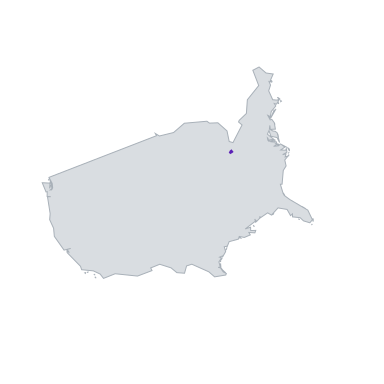 location of Allen, Ohio, United States of America, rotated 322°
{"feature_id": "52423323B40875098856035", "entity_name": "Allen", "entity_type": "district", "adm_level": 2, "iso_a3": "USA", "parent_name": "United States of America", "parent_adm1": "Ohio", "projection": "orthographic", "projection_center": [-84.117, 40.782], "detail": "fine", "context": "in_parent", "style": "filled", "palette": "violet", "viewbox_px": 384, "rotation_deg": 322, "n_neighbors": 0, "source": "geoboundaries", "source_scale": "gbopen_adm2", "svg_char_len": 3971}
<svg xmlns="http://www.w3.org/2000/svg" viewBox="0 0 384 384"><g transform="rotate(322 192 192)"><path d="M292.4,153.4L310.1,149.2L314.9,133.5L321.8,134.8L323.6,143.8L328.6,149.0L322.3,152.4L322.2,154.2L320.7,152.3L319.7,156.1L314.7,159.5L312.4,169.0L316.1,172.4L318.1,171.6L317.3,170.0L318.0,170.7L318.5,172.6L312.7,174.8L311.3,172.9L311.0,175.8L304.1,177.3L299.2,181.6L299.6,179.5L298.9,178.2L298.0,183.3L299.6,183.9L299.5,188.1L296.4,193.8L292.3,190.9L294.3,187.4L291.8,190.0L293.2,193.6L295.0,195.5L295.5,197.9L291.5,206.9L292.5,201.4L288.5,196.6L290.5,191.0L287.0,192.9L288.9,200.8L285.2,198.7L284.0,199.0L284.9,196.4L284.8,195.7L283.7,197.7L283.8,199.4L289.4,202.1L288.3,203.6L285.7,201.0L284.7,200.6L288.0,203.7L289.3,204.3L288.7,206.3L287.0,204.9L289.7,207.7L289.1,208.2L287.8,206.8L284.4,206.3L288.7,208.9L291.3,208.6L294.5,215.7L291.8,210.2L292.8,213.8L287.8,213.5L291.6,216.8L293.3,215.6L291.3,219.1L286.4,218.4L289.5,219.9L287.0,221.7L290.1,222.7L284.8,223.9L282.2,229.4L277.2,231.2L267.8,241.3L266.4,240.3L262.9,249.3L262.6,251.5L264.4,258.1L272.1,277.6L269.8,288.0L265.9,288.8L262.1,283.4L261.4,278.8L255.9,273.5L257.7,271.1L255.1,271.3L256.2,264.3L250.0,257.5L240.4,259.1L238.8,255.0L229.5,254.4L230.7,252.9L229.0,254.4L224.7,255.0L224.8,251.9L224.0,254.0L211.2,253.9L216.5,255.8L214.5,258.5L218.6,261.5L216.4,262.9L211.9,258.9L211.5,261.7L205.2,260.0L201.9,256.1L199.6,257.7L190.7,254.0L185.0,257.3L186.5,256.4L183.7,255.0L181.8,259.7L175.9,262.1L177.2,261.3L173.6,260.3L174.7,262.1L170.2,263.6L168.0,268.7L166.2,267.5L167.7,269.2L167.4,274.2L168.9,277.4L167.5,278.2L157.6,272.8L156.1,265.2L147.4,248.8L142.2,246.9L136.1,251.4L130.4,246.2L128.8,238.9L122.1,229.1L112.7,226.4L112.1,229.3L97.3,224.7L81.1,209.1L69.1,205.6L69.1,200.1L65.7,193.4L57.2,185.3L58.4,181.9L56.3,162.9L57.2,161.4L58.0,164.2L58.3,160.4L61.7,161.8L55.4,159.0L56.2,142.2L60.6,135.4L62.8,126.2L66.9,121.7L75.2,106.8L77.8,108.7L75.1,106.3L78.1,102.6L77.0,102.1L79.7,92.5L85.6,97.6L82.0,101.4L85.8,99.3L83.7,103.0L81.6,103.1L82.7,103.9L84.7,103.0L87.1,99.3L88.3,92.4L198.7,125.8L199.1,123.3L200.8,127.8L214.1,133.8L228.3,133.1L247.3,145.4L248.2,148.5L255.0,153.4L257.2,165.4L252.4,175.1L254.7,178.3L272.7,170.0L271.8,165.5L273.3,164.6L283.2,163.6L292.4,153.4ZM306.5,179.1L309.4,178.2L299.1,182.4L307.5,177.8L306.5,179.1ZM86.9,96.4L86.6,99.2L86.3,99.6L86.0,97.1L86.9,96.4ZM168.8,276.5L167.9,272.0L168.2,269.6L168.1,272.2L168.8,276.5ZM323.1,152.6L323.2,154.0L322.7,153.8L323.1,152.6ZM201.9,257.4L202.1,258.4L201.2,257.5L201.9,257.4ZM59.6,190.9L60.9,190.9L60.9,191.1L59.6,190.9ZM58.5,190.0L57.9,190.5L57.7,189.7L58.5,190.0ZM315.4,174.6L314.7,175.6L314.5,175.4L315.4,174.6ZM169.3,267.4L168.3,269.3L170.6,265.8L169.3,267.4ZM269.8,271.2L271.3,275.0L269.5,270.8L269.8,271.2ZM64.3,196.7L64.5,197.9L64.2,196.7L64.3,196.7ZM270.4,288.6L269.2,289.9L271.1,287.2L270.4,288.6ZM295.1,218.1L294.0,219.8L294.7,216.0L295.1,218.1ZM87.0,93.9L86.6,94.6L86.4,94.1L87.0,93.9ZM174.7,262.9L172.6,263.5L174.8,262.7L174.7,262.9ZM318.3,174.5L318.4,175.5L317.5,175.4L318.3,174.5ZM63.4,199.5L63.4,200.9L63.2,199.5L63.4,199.5ZM172.0,264.2L171.2,264.6L172.0,263.9L172.0,264.2ZM295.1,199.6L294.1,201.8L295.3,198.7L295.1,199.6ZM184.3,258.1L182.9,258.7L184.9,257.6L184.3,258.1ZM263.2,250.3L263.0,251.9L262.8,250.8L263.2,250.3ZM290.5,222.9L290.1,223.3L291.3,221.9L290.5,222.9ZM243.8,258.8L242.2,259.6L241.6,259.4L243.8,258.8ZM224.1,254.7L223.8,254.9L222.9,254.8L224.1,254.7ZM259.6,279.0L259.8,280.1L259.3,278.7L259.6,279.0ZM219.9,256.7L219.7,257.8L219.7,255.9L219.9,256.7ZM266.7,291.4L265.8,291.6L267.1,291.2L266.7,291.4ZM299.3,188.9L298.8,190.0L299.4,188.4L299.3,188.9ZM293.1,220.2L292.5,220.6L292.4,220.6L293.1,220.2Z" fill="#d9dde1" stroke="#a8b0b8" stroke-width="1"/><path d="M248.7,183.4L248.1,183.4L248.1,183.5L247.5,183.5L247.5,183.8L246.4,183.9L246.4,184.1L246.1,184.1L246.1,185.0L247.0,185.0L247.5,185.2L247.5,185.3L248.7,185.3L248.7,184.1L248.7,183.4Z" fill="#8b5cf6" stroke="#5b21b6" stroke-width="1.5"/></g></svg>